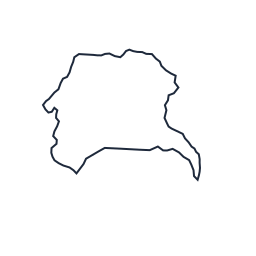 outline of Moita Bonita, Sergipe, Brazil, rotated 40°
{"feature_id": "56859067B54025844291619", "entity_name": "Moita Bonita", "entity_type": "district", "adm_level": 2, "iso_a3": "BRA", "parent_name": "Brazil", "parent_adm1": "Sergipe", "projection": "mercator", "projection_center": [-37.333, -10.599], "detail": "fine", "context": "isolated", "style": "outline", "palette": "slate", "viewbox_px": 256, "rotation_deg": 40, "n_neighbors": 0, "source": "geoboundaries", "source_scale": "gbopen_adm2", "svg_char_len": 1274}
<svg xmlns="http://www.w3.org/2000/svg" viewBox="0 0 256 256"><g transform="rotate(40 128 128)"><path d="M117.7,195.9L117.1,184.2L115.6,178.5L120.5,164.8L123.0,158.2L135.9,148.4L150.3,137.6L158.9,131.0L162.8,123.0L169.3,122.6L172.4,120.1L175.6,115.3L182.8,113.9L189.1,114.4L195.5,113.3L199.9,115.3L205.3,118.2L209.5,122.4L214.6,122.9L212.7,118.6L211.0,115.5L208.8,112.3L205.3,108.7L202.9,105.8L199.1,102.6L195.5,102.5L192.1,101.0L188.7,101.4L183.7,100.0L178.3,99.3L173.7,97.3L161.8,100.4L158.2,100.8L155.0,99.4L149.5,96.8L146.0,89.7L141.6,86.8L140.8,81.1L138.1,76.8L140.8,71.9L140.6,64.6L134.4,63.1L130.9,57.3L126.0,58.6L120.0,59.4L113.6,58.9L109.7,56.7L104.8,56.9L98.8,56.0L94.3,59.5L90.1,60.7L86.1,63.8L82.5,65.8L78.7,67.1L77.0,70.3L77.2,74.7L76.6,78.7L71.7,81.4L65.9,82.9L62.8,86.0L60.9,89.5L58.0,91.9L54.3,94.4L42.9,102.9L41.4,108.3L43.5,112.6L45.1,117.6L47.5,123.0L48.5,128.0L46.5,132.0L47.5,136.8L49.8,143.0L48.8,148.2L48.8,152.8L48.8,156.6L47.9,160.1L48.1,165.0L52.8,166.8L57.1,167.3L59.2,164.6L58.6,159.9L62.5,159.9L64.2,163.6L66.4,166.5L70.8,167.3L72.6,172.2L73.8,177.9L75.9,182.3L81.1,182.9L83.4,186.1L82.3,192.5L85.2,196.3L88.6,198.5L92.5,200.0L97.5,199.5L102.6,198.3L108.6,195.8L113.4,195.4L117.7,195.9Z" fill="none" stroke="#1e293b" stroke-width="2"/></g></svg>